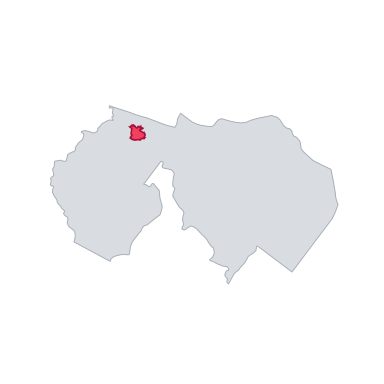 location of Lusangazi, Eastern, Zambia, rotated 217°
{"feature_id": "96606910B89827390447979", "entity_name": "Lusangazi", "entity_type": "district", "adm_level": 2, "iso_a3": "ZMB", "parent_name": "Zambia", "parent_adm1": "Eastern", "projection": "mercator", "projection_center": [31.454, -13.775], "detail": "fine", "context": "in_parent", "style": "filled", "palette": "rose", "viewbox_px": 384, "rotation_deg": 217, "n_neighbors": 0, "source": "geoboundaries", "source_scale": "gbopen_adm2", "svg_char_len": 6653}
<svg xmlns="http://www.w3.org/2000/svg" viewBox="0 0 384 384"><g transform="rotate(217 192 192)"><path d="M248.4,248.0L233.8,248.0L228.5,249.2L224.2,251.0L219.0,253.9L215.9,255.9L215.1,257.0L214.7,259.4L214.7,263.1L214.2,265.8L212.6,268.3L204.7,271.3L199.5,273.7L194.5,276.6L190.6,280.4L188.0,285.0L183.6,290.7L174.5,301.0L169.2,302.9L164.8,302.5L159.4,300.3L155.2,299.9L152.0,301.3L149.1,300.9L146.5,298.7L144.2,297.9L142.4,298.5L140.1,298.4L135.9,297.2L132.2,293.5L130.3,292.0L128.7,291.5L124.4,290.9L114.3,290.0L103.9,291.8L94.7,293.7L85.4,285.5L76.4,276.9L74.6,274.8L71.2,271.9L68.7,270.5L67.8,269.8L65.4,262.1L64.0,255.1L64.0,188.3L104.9,188.3L107.5,188.0L107.6,187.3L105.7,183.7L105.8,182.5L106.3,180.1L108.1,175.3L108.2,173.7L107.4,168.4L107.5,165.5L108.0,159.6L107.7,157.7L108.6,155.0L108.9,153.3L109.3,152.5L108.9,150.5L108.0,143.5L107.6,140.6L110.0,141.0L110.8,142.5L111.3,144.0L112.4,144.1L115.3,145.0L116.3,146.3L117.0,149.1L116.6,150.6L115.6,151.7L116.6,152.8L118.5,153.4L119.7,153.2L122.9,151.3L126.0,150.6L127.5,150.1L134.3,148.9L135.6,148.2L136.5,148.2L137.2,148.7L136.6,150.7L136.4,152.5L137.2,155.8L137.9,157.4L139.3,158.5L140.3,159.1L141.4,160.3L143.8,160.1L148.9,161.8L150.5,162.6L152.7,163.3L154.2,163.6L159.6,164.2L165.2,165.2L168.1,165.3L170.2,165.0L171.6,164.5L172.5,164.0L172.9,163.5L175.0,157.2L176.1,156.7L177.5,156.4L178.3,157.0L179.2,161.0L183.3,164.6L184.7,167.6L185.7,170.2L186.6,170.9L188.1,171.8L190.6,172.1L192.8,172.2L203.8,176.6L205.0,177.4L206.3,179.8L207.1,182.4L208.0,184.6L209.4,185.0L210.7,185.1L211.9,186.6L212.9,187.8L216.1,193.1L216.6,195.2L218.2,196.5L220.3,197.1L222.3,197.2L223.4,196.6L226.2,195.5L228.4,194.3L230.0,193.8L230.9,194.1L231.7,195.0L232.1,197.6L233.7,198.5L234.8,198.1L235.3,197.1L235.3,196.6L235.3,169.3L234.3,169.5L233.0,170.2L230.1,170.3L229.0,170.9L228.6,171.8L228.9,172.9L228.9,174.5L228.5,175.2L227.2,175.5L225.4,174.9L222.0,174.1L219.3,173.6L217.3,171.6L214.6,168.5L212.8,167.0L208.5,163.7L207.8,163.1L206.5,161.6L205.4,159.0L204.3,156.1L203.8,154.2L204.8,151.4L207.3,142.0L207.9,139.0L209.9,136.1L210.1,133.4L209.2,130.0L209.5,128.1L209.7,117.4L209.2,114.0L207.8,110.3L204.7,105.0L204.7,103.9L209.4,100.6L210.9,99.3L213.3,96.5L215.0,94.2L216.0,92.3L216.4,89.9L215.6,87.5L217.2,87.1L256.2,81.1L256.8,82.7L258.0,85.3L259.3,87.3L261.0,89.0L262.4,90.0L263.3,90.3L269.3,90.2L271.5,91.3L273.4,92.6L273.9,94.6L275.1,95.9L276.4,96.9L277.0,97.0L278.0,96.8L279.6,96.8L281.1,97.2L281.8,97.7L281.9,99.4L282.3,100.1L284.3,100.4L286.4,100.6L288.4,101.7L290.6,101.9L293.1,102.4L294.2,103.7L296.9,105.0L300.2,106.1L303.7,108.0L303.8,108.6L304.4,109.7L305.0,110.5L305.1,111.7L305.4,112.8L306.3,113.0L307.1,113.1L307.8,112.3L308.7,112.3L309.8,112.8L310.1,114.1L311.0,115.8L312.3,117.0L313.2,118.1L312.9,120.1L312.3,122.0L314.1,123.9L316.4,125.6L317.1,126.4L317.3,129.0L317.6,129.9L319.2,132.0L320.0,133.5L319.9,134.3L315.7,138.6L313.0,139.3L311.9,140.1L311.2,141.1L312.9,145.3L313.8,147.0L313.1,149.0L311.4,152.5L310.6,152.8L310.4,155.4L311.0,156.3L311.8,157.1L312.1,158.9L312.1,163.3L311.0,168.3L312.9,172.7L313.6,173.2L316.2,173.2L316.7,173.6L316.1,174.8L314.2,176.8L310.8,178.3L306.0,179.9L304.9,181.5L304.3,183.8L304.8,185.2L305.5,186.0L305.3,188.0L304.9,190.1L305.0,191.8L304.8,193.3L304.1,194.0L303.3,196.3L302.2,198.5L301.4,199.6L300.2,200.6L298.3,201.5L298.3,202.0L300.5,203.0L301.0,203.7L301.2,204.2L300.3,205.4L301.3,206.1L302.6,206.7L303.7,208.2L305.1,211.0L305.3,211.3L305.7,211.3L306.4,211.0L307.8,209.9L308.7,209.4L309.9,211.1L289.6,218.1L284.8,219.5L277.6,222.0L275.3,222.9L273.5,223.8L254.5,229.3L251.5,230.4L244.8,233.2L244.6,233.6L244.7,234.9L245.3,237.6L246.5,240.0L247.4,241.3L248.1,244.9L248.4,248.0Z" fill="#d9dde1" stroke="#a8b0b8" stroke-width="1"/><path d="M262.8,205.5L262.7,205.5L262.3,205.9L262.2,206.0L262.3,206.1L262.4,206.3L262.5,206.4L262.6,206.5L262.6,206.8L262.8,207.0L262.7,207.0L262.7,206.9L262.7,207.0L262.8,207.1L262.7,207.2L262.8,207.2L262.9,207.3L263.0,207.3L263.1,207.5L263.2,207.8L263.3,207.9L263.3,208.0L263.5,208.1L263.5,208.4L263.8,208.4L263.7,208.4L263.7,208.8L263.7,209.0L263.8,209.1L263.8,209.3L264.0,209.4L264.0,209.5L264.4,209.6L264.3,209.8L264.4,210.0L264.6,210.1L264.9,210.1L265.3,210.2L265.4,210.3L265.5,210.4L265.7,210.2L265.8,210.2L265.9,210.3L265.9,210.2L266.0,210.2L266.1,210.3L266.2,210.2L266.3,210.2L266.5,210.2L266.8,210.2L267.0,210.0L267.3,210.1L267.5,210.0L267.8,210.0L268.0,210.0L268.3,209.9L268.5,209.9L268.8,209.9L269.0,209.8L269.3,209.8L269.3,209.7L269.5,209.7L269.8,209.6L270.0,209.6L270.4,209.5L270.6,209.6L270.8,209.6L271.1,210.0L271.1,210.7L271.1,210.8L270.9,210.9L270.9,211.0L271.0,211.1L271.1,211.3L271.2,211.6L271.0,211.9L270.8,212.0L270.6,212.0L270.3,212.2L270.2,212.3L269.9,212.5L269.8,212.4L269.8,212.5L269.7,212.6L269.5,212.8L269.5,212.7L269.5,212.8L269.4,212.8L269.5,212.8L269.7,213.0L269.7,212.9L269.8,212.9L270.1,212.9L270.1,213.0L270.3,213.0L270.4,212.9L270.5,212.9L270.7,213.0L270.8,213.0L271.0,213.0L271.3,213.1L271.5,213.1L271.8,213.2L272.0,213.2L272.1,213.3L272.3,213.4L272.5,213.6L272.5,212.5L273.6,212.5L273.6,212.1L274.5,212.0L274.5,209.9L277.1,209.8L277.1,210.3L279.1,210.3L279.1,210.2L279.3,210.0L279.5,209.9L279.4,209.8L279.4,209.7L279.5,209.6L279.6,209.4L279.8,209.4L279.7,209.3L279.8,209.3L279.8,209.2L279.7,209.2L279.7,209.3L279.7,209.1L279.8,208.9L280.0,208.5L279.9,208.4L280.0,208.3L279.9,208.3L280.0,208.2L280.1,207.9L280.2,207.7L280.3,207.7L280.4,207.4L280.6,207.4L280.6,207.2L280.7,206.8L280.8,206.7L280.7,206.7L280.8,206.5L278.4,206.4L278.3,206.5L275.7,201.7L275.4,201.8L275.1,201.7L274.8,201.6L274.7,201.6L274.4,201.5L274.3,201.4L274.2,201.3L274.1,201.2L274.0,200.8L274.2,200.7L274.2,200.4L274.3,200.3L274.2,200.1L274.1,199.9L273.9,199.7L273.9,199.3L274.0,199.2L273.9,199.1L274.0,198.9L274.1,198.7L274.0,198.4L274.0,198.2L273.9,198.2L273.9,197.9L273.6,197.9L273.4,198.0L273.1,198.0L272.9,197.9L272.7,197.9L272.6,198.0L272.3,198.0L272.0,197.9L271.9,197.9L271.7,197.9L271.4,197.9L271.2,197.9L271.1,198.1L271.0,198.3L271.1,198.5L270.9,198.7L270.6,198.7L270.4,198.5L270.1,198.5L269.8,198.6L269.6,198.9L269.3,198.9L269.1,198.9L268.8,199.0L268.6,199.3L268.5,199.5L268.5,199.9L268.4,200.0L268.2,200.1L267.8,200.0L267.7,200.1L267.5,200.3L267.4,200.4L267.2,200.6L267.1,200.9L267.0,201.0L266.9,201.2L266.8,201.3L266.6,201.5L266.4,201.8L266.2,201.6L265.6,201.7L265.4,201.9L264.8,202.2L264.7,202.3L264.7,202.5L264.4,202.7L264.4,202.8L264.5,203.0L264.5,203.5L264.8,203.9L264.8,204.0L264.7,204.1L264.3,204.7L264.1,204.7L264.0,204.8L263.6,204.9L263.3,205.1L263.2,205.2L263.2,205.3L263.4,205.6L263.3,205.8L263.1,205.8L263.0,205.7L262.9,205.6L262.8,205.5Z" fill="#f43f5e" stroke="#9f1239" stroke-width="1.5"/></g></svg>